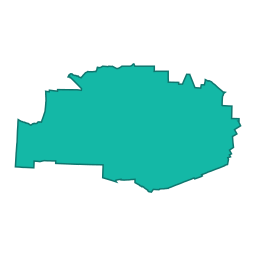 General Enrique Estrada, Zacatecas, Mexico (Albers equal-area conic projection)
{"feature_id": "50627088B25057749099085", "entity_name": "General Enrique Estrada", "entity_type": "district", "adm_level": 2, "iso_a3": "MEX", "parent_name": "Mexico", "parent_adm1": "Zacatecas", "projection": "albers", "projection_center": [-102.806, 23.015], "detail": "fine", "context": "isolated", "style": "filled", "palette": "teal", "viewbox_px": 256, "rotation_deg": 0, "n_neighbors": 0, "source": "geoboundaries", "source_scale": "gbopen_adm2", "svg_char_len": 5233}
<svg xmlns="http://www.w3.org/2000/svg" viewBox="0 0 256 256"><path d="M210.3,81.3L208.9,80.7L208.6,80.8L208.2,81.1L205.3,79.6L205.2,81.1L205.1,81.8L204.4,84.6L204.4,84.8L202.9,84.8L201.3,84.8L200.7,88.1L199.5,88.0L198.2,87.9L197.6,87.9L194.9,87.6L192.8,82.2L189.7,74.5L189.7,74.4L189.4,74.4L186.7,74.3L183.6,81.4L182.5,84.1L178.7,84.2L178.7,82.4L168.3,82.2L168.3,80.3L168.2,78.2L168.2,75.9L168.2,71.3L162.7,71.3L160.7,71.3L158.4,71.3L156.2,71.3L154.2,71.4L154.3,71.0L154.3,69.4L154.3,66.2L153.6,66.2L148.7,66.2L141.6,66.2L137.0,66.2L134.9,66.2L133.8,63.9L133.1,64.2L132.7,64.5L131.9,65.5L130.3,66.2L127.8,66.2L124.7,66.2L121.9,66.2L120.7,67.1L119.9,67.6L118.0,68.5L116.5,68.5L112.4,66.3L111.7,66.4L111.3,66.4L111.0,66.5L110.2,66.3L109.3,66.3L108.8,66.2L107.9,66.7L106.7,66.5L102.6,66.2L101.2,67.2L100.2,67.5L98.9,67.7L98.3,67.7L98.0,67.3L97.4,67.3L97.1,68.2L96.9,69.8L96.5,70.3L96.1,70.9L96.0,71.3L95.9,71.6L94.8,71.5L93.6,71.6L92.3,71.8L90.8,71.7L89.1,71.8L87.8,71.5L86.5,72.4L85.5,72.7L84.2,74.2L83.1,75.3L82.3,76.4L81.8,76.9L81.2,77.4L81.0,77.8L80.1,77.4L79.3,77.2L78.8,76.8L78.5,76.7L78.4,76.3L78.2,76.2L77.9,75.9L77.0,76.3L76.5,75.9L75.9,75.5L74.6,75.5L73.9,75.2L73.5,75.0L73.1,75.0L72.8,74.9L72.2,74.0L71.7,73.9L71.1,73.8L70.8,73.8L70.6,73.8L70.2,74.0L69.9,74.3L69.7,74.6L69.6,75.1L68.9,75.1L68.6,76.1L68.5,76.4L68.2,76.5L68.1,77.0L69.6,77.0L69.8,77.2L70.3,77.3L70.3,77.8L70.8,77.8L72.5,79.5L77.8,84.8L81.5,88.6L81.4,89.8L81.3,90.3L80.7,90.3L80.0,90.2L79.0,90.0L77.0,89.8L75.6,89.8L62.7,89.7L57.6,89.6L57.5,91.2L54.1,90.8L49.4,90.2L49.2,91.8L45.7,91.3L45.8,91.9L45.8,92.2L45.8,92.7L45.8,93.2L45.8,93.9L45.8,94.8L45.9,95.1L45.9,95.8L45.9,96.3L45.9,96.8L46.0,97.7L46.0,98.3L46.0,98.9L46.0,99.6L46.1,101.2L45.9,101.8L45.8,102.8L45.8,103.7L45.7,104.6L45.6,105.8L45.5,107.0L45.4,108.0L45.3,108.8L45.2,109.8L45.1,111.0L44.9,111.9L44.6,112.7L44.3,113.6L43.8,115.1L43.4,116.4L42.7,118.4L42.3,119.4L41.4,122.1L40.5,122.1L40.2,122.1L39.9,122.1L39.8,121.9L39.5,122.0L39.3,122.1L39.0,122.0L38.6,122.0L38.3,121.9L38.2,122.1L37.7,122.3L37.4,122.8L37.1,123.0L36.9,123.3L36.6,123.4L35.6,123.6L35.2,123.5L34.7,123.4L34.5,123.5L34.4,123.4L34.2,123.5L33.9,123.5L33.7,123.5L33.5,123.8L33.1,123.7L32.8,123.8L32.6,123.8L32.4,124.0L32.2,124.2L31.8,124.5L31.6,124.7L31.3,124.9L31.1,124.9L30.8,125.1L30.5,125.0L30.3,125.0L30.1,124.8L29.9,124.7L29.5,124.4L29.4,124.3L29.1,124.2L28.9,124.0L28.7,123.9L28.5,123.6L28.3,123.5L28.0,123.5L27.8,123.4L27.5,123.3L27.1,123.3L26.7,123.2L26.4,123.0L26.1,123.1L25.8,122.9L25.5,122.9L25.4,122.7L25.2,122.6L25.0,122.4L24.4,122.4L24.3,122.2L23.8,122.2L22.9,122.0L22.4,121.6L22.1,121.6L21.8,121.6L21.7,121.5L21.2,121.4L20.9,121.2L20.6,121.1L20.3,120.8L20.0,120.8L19.5,120.5L19.4,120.3L19.1,120.2L18.2,119.6L18.0,121.6L17.9,124.1L17.9,125.0L17.5,130.7L17.1,142.0L16.8,144.6L16.5,149.1L16.3,152.0L16.2,152.7L16.0,156.7L15.4,166.8L20.4,167.1L21.9,167.3L23.6,167.4L24.7,167.4L25.1,167.4L33.8,167.8L34.1,161.1L35.7,161.2L37.0,161.3L37.4,161.3L39.6,161.6L40.0,161.6L42.3,161.0L43.7,160.7L44.1,160.6L47.7,160.8L47.9,160.8L49.8,160.8L50.2,160.8L51.8,160.9L52.0,160.9L53.2,160.9L55.7,160.9L55.7,163.4L75.5,164.2L78.9,164.3L79.4,164.2L80.9,164.3L87.4,164.5L91.3,164.6L103.0,164.8L103.1,167.0L103.0,168.9L102.8,174.7L102.7,177.7L111.4,180.3L112.4,180.6L116.3,181.9L115.7,181.1L115.8,180.3L116.8,180.0L118.1,179.7L119.6,179.5L121.0,179.3L121.0,179.9L123.4,180.0L124.0,180.1L124.8,180.0L126.6,179.9L129.3,179.8L130.2,179.7L130.4,179.6L131.3,179.5L132.5,179.5L133.4,179.4L135.0,179.3L135.0,179.6L135.0,180.5L135.0,181.5L135.0,182.6L139.7,185.2L139.7,185.5L141.3,186.3L142.0,186.3L142.0,186.8L142.5,186.8L143.4,186.8L144.3,187.8L145.7,188.8L147.0,189.7L147.8,190.2L147.8,190.6L148.2,191.2L148.9,191.7L150.3,191.9L151.4,192.1L153.3,189.4L155.1,189.5L156.4,189.6L157.4,189.6L159.0,189.7L159.6,189.1L160.6,188.9L161.8,188.8L163.4,188.8L163.9,188.8L164.1,188.8L164.5,188.6L166.4,188.5L167.4,188.3L168.1,188.4L168.7,187.9L169.0,187.8L169.6,187.5L170.1,187.4L170.4,187.2L170.9,187.1L171.2,187.0L171.7,186.8L171.9,186.7L172.0,186.6L172.6,186.4L174.5,185.6L175.0,185.4L175.3,185.3L176.2,184.9L176.9,184.7L180.6,183.3L184.8,181.5L185.0,181.5L186.9,180.8L188.1,180.3L190.6,179.4L190.9,179.3L192.2,178.7L192.9,178.4L194.1,178.0L194.7,178.9L198.1,177.7L201.6,176.4L201.8,176.2L202.3,175.9L201.5,174.8L202.1,174.5L205.8,173.1L206.6,172.8L207.3,172.4L207.9,172.1L209.1,171.7L210.2,171.3L210.4,171.3L212.6,170.4L215.9,169.1L219.5,167.8L224.4,165.8L224.8,165.6L224.9,165.3L225.7,165.0L226.6,164.6L226.9,164.7L227.5,164.5L228.5,159.3L227.8,157.7L230.5,156.8L229.4,154.9L231.5,153.8L230.6,152.1L229.5,150.1L233.5,147.4L232.9,142.2L232.5,136.5L236.9,133.9L234.5,129.6L240.6,125.8L238.4,121.3L238.3,121.2L239.0,121.2L239.0,118.7L238.8,118.7L231.6,118.5L231.7,116.3L231.7,116.0L231.8,110.7L231.8,109.8L231.9,106.1L228.8,106.0L222.4,105.6L222.1,105.4L222.1,103.8L222.2,100.8L222.2,100.7L222.4,97.7L222.5,96.4L223.2,95.1L223.4,94.6L223.4,94.1L223.5,93.7L224.7,92.6L225.1,92.3L223.0,91.9L222.6,91.8L222.4,91.5L222.1,91.2L221.9,90.9L221.6,90.5L221.2,90.3L220.8,90.1L220.3,89.6L219.1,88.6L218.3,87.9L217.6,87.3L215.1,84.9L214.5,84.4L213.4,83.7L212.6,83.0L211.8,82.2L211.6,81.9L210.9,81.6L210.3,81.3Z" fill="#14b8a6" stroke="#0f766e" stroke-width="1.5"/></svg>